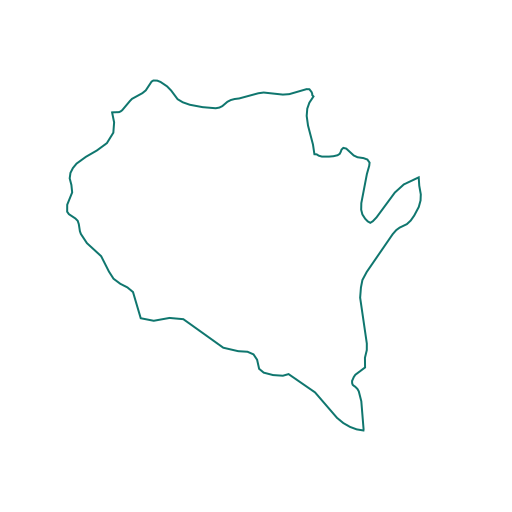 the border of Mokhotlong, rotated 168°
{"feature_id": "LSO-1213", "entity_name": "Mokhotlong", "entity_type": "District", "adm_level": 1, "iso_a3": "LSO", "parent_name": "Lesotho", "parent_adm1": "", "projection": "robinson", "projection_center": [28.96, -29.168], "detail": "fine", "context": "isolated", "style": "outline", "palette": "teal", "viewbox_px": 512, "rotation_deg": 168, "n_neighbors": 0, "source": "natural_earth", "source_scale": "10m", "svg_char_len": 1949}
<svg xmlns="http://www.w3.org/2000/svg" viewBox="0 0 512 512"><g transform="rotate(168 256 256)"><path d="M199.7,69.4L205.3,74.4L210.4,80.8L226.6,110.3L248.7,133.7L254.6,133.3L264.1,136.0L272.7,140.3L276.4,145.0L276.5,154.3L278.9,160.3L284.2,164.1L293.2,166.6L307.1,173.1L340.2,209.3L353.5,213.4L369.5,213.9L381.7,219.1L383.8,246.3L388.3,252.0L394.5,257.0L400.1,263.4L403.1,271.4L407.5,288.0L418.7,303.7L422.7,313.9L423.1,316.8L422.7,324.0L423.1,327.5L424.9,330.3L430.3,335.8L431.5,338.6L430.0,345.4L422.6,356.4L421.8,363.8L422.1,370.7L420.2,375.9L416.8,380.1L412.3,383.7L401.7,388.4L389.7,392.3L378.4,397.4L369.9,406.3L367.0,416.2L366.9,426.4L366.7,426.4L360.1,425.2L358.3,425.6L356.6,426.4L347.0,433.9L344.6,435.5L333.3,438.9L329.4,440.9L321.9,448.3L319.9,449.0L316.2,448.1L313.2,446.1L307.7,440.4L304.6,435.5L300.1,425.7L295.7,421.6L289.3,417.7L277.3,412.7L264.7,408.9L261.0,408.8L257.8,409.6L251.9,412.8L248.2,413.8L244.3,414.0L239.7,413.6L219.9,414.7L214.5,414.3L196.2,408.3L189.8,407.4L171.9,408.7L169.1,408.0L167.6,404.9L167.3,403.3L167.5,401.6L166.6,400.1L171.9,394.9L175.2,389.5L177.3,382.5L178.0,372.8L177.1,353.2L177.7,343.5L177.7,343.4L175.5,342.8L173.8,341.1L170.8,339.5L164.3,338.1L159.5,337.5L155.3,337.6L152.9,338.5L151.5,340.2L150.2,342.3L148.1,343.6L145.4,342.3L139.5,334.0L136.2,331.5L130.5,329.4L127.0,327.2L125.5,323.7L126.5,320.7L130.5,313.1L142.0,285.8L143.5,279.4L143.3,274.5L141.5,269.8L139.5,266.6L137.3,264.7L134.5,265.7L130.1,268.7L107.0,289.2L96.5,295.3L80.5,299.1L81.7,290.8L82.0,282.0L83.5,276.1L86.6,270.1L92.8,262.7L97.3,258.5L101.8,255.8L109.6,253.9L113.4,252.2L117.7,249.0L151.0,217.4L156.9,210.4L159.9,203.4L162.8,193.6L165.8,147.3L167.2,140.9L170.6,133.8L172.5,124.3L183.5,119.2L185.5,117.3L188.0,113.8L188.4,111.6L188.2,109.9L187.3,108.7L186.3,107.7L185.4,106.4L184.4,104.8L183.6,102.2L183.2,92.0L186.8,64.1L187.2,63.0L193.6,65.5L199.6,69.3L199.7,69.4Z" fill="none" stroke="#0f766e" stroke-width="2"/></g></svg>